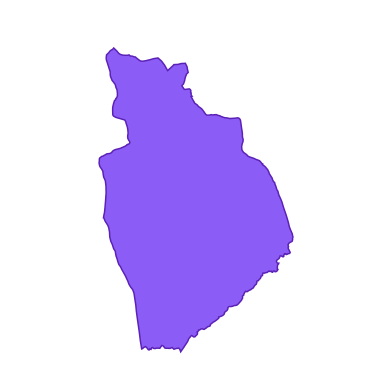 Urambo, Tabora, United Republic of Tanzania, rotated 350°
{"feature_id": "72390352B58709749757029", "entity_name": "Urambo", "entity_type": "district", "adm_level": 2, "iso_a3": "TZA", "parent_name": "United Republic of Tanzania", "parent_adm1": "Tabora", "projection": "orthographic", "projection_center": [32.184, -5.233], "detail": "fine", "context": "isolated", "style": "filled", "palette": "violet", "viewbox_px": 384, "rotation_deg": 350, "n_neighbors": 0, "source": "geoboundaries", "source_scale": "gbopen_adm2", "svg_char_len": 5976}
<svg xmlns="http://www.w3.org/2000/svg" viewBox="0 0 384 384"><g transform="rotate(350 192 192)"><path d="M153.1,347.4L153.8,346.7L154.4,346.1L157.3,343.2L157.6,342.8L160.8,339.5L161.9,338.2L163.3,336.0L163.9,335.4L164.6,334.9L165.4,334.1L166.6,333.3L167.4,333.7L167.8,334.4L168.7,335.1L169.8,335.1L170.7,334.3L171.9,333.6L172.6,332.9L173.0,331.6L173.1,330.6L173.6,330.3L173.8,330.3L173.6,330.3L174.6,329.7L174.5,329.2L175.6,329.0L176.3,328.9L177.1,328.5L178.3,328.4L179.0,329.0L180.1,329.4L182.2,328.5L183.4,327.8L184.1,327.3L185.1,327.4L186.0,327.2L186.3,327.2L186.9,326.4L186.8,326.2L187.3,325.6L187.6,325.3L188.4,324.9L189.4,324.4L190.6,323.7L191.4,323.5L192.2,323.2L193.0,322.8L195.3,321.6L196.5,320.8L196.6,319.7L197.5,319.8L198.3,319.5L199.2,319.4L200.0,319.2L201.1,318.8L202.1,318.2L202.8,317.4L203.0,316.5L203.8,315.8L204.8,315.3L205.8,314.8L206.4,314.2L207.0,313.3L207.4,311.9L208.3,311.4L209.1,311.3L210.5,311.6L212.2,311.6L213.0,311.3L214.1,311.2L215.6,311.3L216.8,311.1L217.8,310.5L218.9,309.7L219.6,309.0L220.4,308.5L222.1,307.0L222.5,306.3L223.2,305.6L223.3,305.3L223.4,305.2L223.5,304.5L223.6,303.3L223.7,303.2L224.3,302.9L225.0,302.6L225.3,301.6L226.7,299.8L227.5,299.1L228.0,299.4L228.4,299.6L229.1,299.7L230.1,299.3L230.3,299.1L231.6,298.7L233.0,298.4L234.1,297.6L235.0,297.5L235.7,297.0L236.3,296.4L237.0,295.5L238.1,294.6L239.1,294.1L239.7,293.2L240.2,292.2L240.2,291.4L240.9,290.8L241.9,290.9L242.5,290.3L243.1,289.6L244.1,289.2L244.9,288.2L245.4,286.9L246.2,286.8L247.0,286.3L247.2,285.4L247.7,284.2L249.6,284.5L250.5,284.2L251.9,284.3L254.2,283.2L255.0,283.9L256.4,283.8L256.8,284.8L257.5,285.0L258.2,284.0L259.3,284.1L260.0,285.0L261.2,284.9L262.4,284.3L262.6,283.2L263.1,283.2L262.7,281.8L263.6,278.7L264.7,277.9L265.1,277.2L264.0,276.9L263.4,276.3L263.2,275.7L263.2,274.8L263.6,274.1L264.4,273.4L265.0,273.2L266.2,272.6L266.3,272.4L267.2,271.2L267.7,270.2L267.9,270.2L268.8,270.5L270.4,271.7L271.2,271.3L271.1,270.8L271.1,270.4L271.4,270.1L272.2,269.6L272.4,268.9L273.3,269.0L273.6,269.5L273.9,269.5L274.0,269.9L274.6,269.7L275.2,269.8L275.8,269.3L276.7,269.6L277.9,269.1L278.2,268.5L277.6,266.3L277.1,265.0L277.0,263.4L277.6,262.6L277.3,261.0L278.3,259.4L280.0,258.6L282.0,258.0L282.8,256.5L283.0,255.0L283.6,254.0L283.4,250.2L282.5,246.7L281.8,242.9L281.6,238.7L280.8,231.6L279.5,223.4L278.8,217.3L278.1,214.1L277.0,209.9L276.7,206.0L276.0,204.6L275.5,200.4L275.1,199.0L275.0,196.9L274.1,196.0L273.5,193.9L273.3,192.1L271.4,187.6L271.1,185.6L270.6,184.0L270.6,183.9L270.6,183.7L269.7,181.9L269.2,181.2L269.1,180.9L268.8,180.3L267.9,179.1L267.0,178.2L266.3,177.6L265.8,176.3L266.1,176.3L265.6,175.8L264.9,174.4L263.9,172.9L262.3,171.9L260.8,171.1L258.9,169.7L257.3,168.8L255.0,167.6L253.3,166.4L252.3,164.7L249.6,161.9L248.5,159.3L248.7,156.2L249.6,153.7L251.0,151.1L251.5,149.3L251.3,147.3L251.4,145.2L251.8,143.1L251.9,140.1L251.9,137.7L252.1,133.2L252.1,132.4L252.2,129.8L251.9,128.7L251.1,127.5L250.0,126.9L247.7,126.8L245.7,126.6L243.7,126.4L242.5,126.2L242.1,126.3L240.1,125.4L238.9,125.0L237.0,124.5L236.7,124.3L236.6,124.2L235.9,123.9L234.6,123.1L234.0,122.9L233.3,122.2L232.1,121.5L230.8,121.0L230.3,120.6L229.3,120.0L227.5,119.8L225.5,119.7L224.3,119.1L223.0,119.3L221.7,119.2L220.2,118.9L219.1,118.1L216.8,113.2L215.8,111.5L213.1,108.8L212.4,107.3L210.1,105.0L209.8,103.9L209.7,103.9L209.6,103.3L209.0,101.9L208.6,100.5L207.7,97.9L207.9,97.9L208.1,97.8L208.7,97.7L208.4,97.3L208.3,96.9L208.0,96.1L208.4,94.3L207.9,93.9L208.0,93.4L208.5,92.1L208.1,90.8L207.3,90.0L206.1,89.9L202.9,89.8L202.2,89.5L201.7,88.4L201.2,87.3L200.5,85.7L200.9,85.1L202.3,84.2L203.7,81.8L204.2,80.8L204.3,80.5L204.3,80.4L205.1,78.4L205.7,77.3L205.9,76.8L206.3,76.4L207.0,75.0L208.3,74.1L209.0,73.6L208.8,69.5L208.9,67.9L207.8,64.1L205.1,63.8L203.9,63.6L200.4,63.9L196.3,63.4L195.2,64.3L190.2,67.5L189.1,68.2L188.6,66.9L187.0,62.3L184.8,57.9L181.8,54.1L177.4,54.0L173.9,54.4L169.2,54.7L165.8,54.6L163.8,53.9L160.8,50.7L159.7,49.2L159.2,49.2L156.7,47.8L155.1,47.5L154.5,46.9L153.8,46.0L152.8,46.2L151.4,46.0L149.6,45.7L147.1,45.0L145.0,43.8L143.8,42.5L142.4,40.0L139.9,36.6L139.2,37.2L138.3,37.9L137.0,38.2L135.5,39.1L134.3,40.3L132.4,41.6L131.7,42.0L130.9,44.5L130.6,46.9L131.0,49.6L132.3,59.6L131.8,62.5L131.9,64.5L132.6,68.0L135.0,72.6L135.1,73.5L135.3,76.0L135.8,77.9L135.9,78.3L135.7,81.7L135.2,84.4L134.3,86.0L133.9,86.4L133.3,86.6L133.2,87.2L132.7,87.6L132.5,88.1L132.0,88.3L131.4,88.7L131.0,89.6L130.0,91.5L128.7,94.6L128.3,96.2L127.4,102.0L127.5,102.7L127.9,103.6L130.0,105.3L136.9,108.7L138.2,109.3L138.4,109.9L138.9,111.0L139.1,113.3L139.6,116.7L139.6,119.6L139.3,123.0L138.6,124.9L138.2,126.6L138.1,128.1L138.7,130.0L139.1,131.0L139.4,131.9L139.3,132.7L139.0,133.2L138.5,133.6L137.5,133.9L137.0,133.9L136.0,134.2L135.8,134.6L133.5,135.5L132.3,135.7L131.4,136.0L130.4,136.1L129.5,136.5L125.9,136.8L124.1,136.9L122.7,137.2L121.6,137.6L120.7,138.2L119.7,139.1L118.7,139.6L117.2,139.8L114.8,139.6L114.2,139.8L113.1,140.3L111.7,140.7L110.6,141.2L109.1,141.3L108.2,141.9L107.0,142.5L106.5,143.3L106.1,145.4L105.7,146.6L105.5,147.7L105.5,148.9L105.6,149.9L105.8,151.1L106.5,152.7L107.0,153.7L107.8,156.1L107.6,159.6L107.6,161.9L108.6,165.8L108.3,171.3L107.2,178.2L105.4,185.4L103.6,192.3L102.2,197.2L101.4,199.0L100.7,201.0L100.4,201.8L100.6,201.8L101.3,205.3L102.0,207.1L103.2,209.9L103.8,212.7L103.8,217.3L103.2,221.9L103.5,226.5L104.4,229.9L105.0,234.2L106.1,236.9L106.1,241.8L106.6,244.6L106.9,247.9L107.4,250.7L108.7,253.4L109.3,255.7L111.9,263.2L112.5,265.6L113.3,268.4L113.9,271.9L115.2,275.2L116.6,277.8L117.3,281.4L117.0,293.7L116.5,299.8L116.2,306.9L115.8,319.9L115.3,329.7L115.2,337.8L116.0,337.7L117.4,336.8L119.2,336.1L120.6,337.7L121.5,339.6L122.3,340.1L123.2,339.2L124.2,339.9L124.5,339.6L125.1,338.6L126.0,338.3L126.9,339.3L128.4,339.8L130.2,339.6L133.2,340.3L135.6,337.9L136.9,338.6L138.3,341.1L143.3,342.2L145.4,341.7L146.9,343.7L149.1,343.4L151.7,343.4L152.7,344.8L153.1,347.4Z" fill="#8b5cf6" stroke="#5b21b6" stroke-width="1.5"/></g></svg>